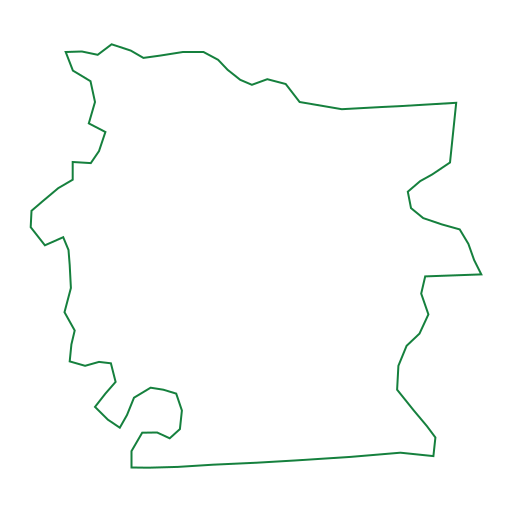 the district of Irati, Santa Catarina, Brazil
{"feature_id": "56859067B4292176100261", "entity_name": "Irati", "entity_type": "district", "adm_level": 2, "iso_a3": "BRA", "parent_name": "Brazil", "parent_adm1": "Santa Catarina", "projection": "mercator", "projection_center": [-52.897, -26.627], "detail": "fine", "context": "isolated", "style": "outline", "palette": "green", "viewbox_px": 512, "rotation_deg": 0, "n_neighbors": 0, "source": "geoboundaries", "source_scale": "gbopen_adm2", "svg_char_len": 1187}
<svg xmlns="http://www.w3.org/2000/svg" viewBox="0 0 512 512"><path d="M456.2,102.8L398.9,106.2L382.0,107.0L341.8,109.2L299.6,102.0L285.7,84.0L267.3,79.2L251.9,84.8L240.2,79.8L227.6,69.8L218.1,59.8L203.5,52.0L182.9,52.0L160.1,55.6L143.4,57.9L130.8,50.6L111.6,44.3L97.7,54.8L81.9,51.5L65.7,52.0L72.9,70.6L90.5,81.2L95.0,102.0L88.8,123.4L105.4,132.0L99.0,151.1L90.8,163.1L72.7,162.0L72.7,179.7L58.3,188.1L42.1,201.7L31.5,210.8L30.7,227.2L44.9,245.3L63.2,237.2L68.5,250.0L69.7,265.0L70.9,288.0L64.5,312.2L74.7,330.5L71.4,344.4L69.7,361.4L85.1,365.8L99.0,361.9L110.9,363.3L115.6,381.9L105.4,393.6L95.0,406.9L107.9,419.7L119.8,427.7L127.0,415.0L134.0,397.7L150.6,387.7L163.3,389.7L176.2,393.6L181.9,410.5L179.9,429.1L169.7,438.3L157.1,432.5L142.2,432.7L131.5,451.1L131.5,467.5L148.6,467.7L177.9,466.9L212.9,464.7L256.9,462.7L294.6,460.5L350.5,456.9L400.4,452.7L433.4,456.1L435.4,437.5L426.9,426.1L413.8,410.5L397.1,389.7L398.4,365.8L406.6,345.8L419.5,333.6L428.4,314.4L421.2,293.6L425.2,276.4L481.3,274.4L474.1,260.0L468.4,243.9L459.7,229.4L441.8,224.4L423.2,218.1L411.0,208.1L407.8,191.7L420.2,181.1L432.1,174.5L450.0,162.5L456.2,102.8Z" fill="none" stroke="#15803d" stroke-width="2"/></svg>